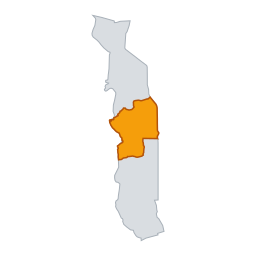 where Centre sits in Togo
{"feature_id": "TGO-89", "entity_name": "Centre", "entity_type": "Region", "adm_level": 1, "iso_a3": "TGO", "parent_name": "Togo", "parent_adm1": "", "projection": "natural_earth1", "projection_center": [0.902, 8.593], "detail": "fine", "context": "in_parent", "style": "filled", "palette": "amber", "viewbox_px": 256, "rotation_deg": 0, "n_neighbors": 0, "source": "natural_earth", "source_scale": "10m", "svg_char_len": 4377}
<svg xmlns="http://www.w3.org/2000/svg" viewBox="0 0 256 256"><path d="M130.1,20.8L129.1,25.7L127.1,31.6L125.8,33.5L124.8,48.0L125.5,49.3L125.9,49.6L132.3,54.5L140.7,61.0L146.7,65.5L147.2,67.0L147.3,76.6L147.3,84.8L148.6,89.5L148.8,94.0L150.3,97.4L155.8,104.1L157.1,108.0L157.2,120.5L157.4,130.0L158.1,142.9L158.1,153.7L158.1,167.3L158.1,183.3L158.1,200.0L154.5,200.2L156.4,205.4L156.8,210.0L157.3,211.6L156.3,213.8L157.1,217.3L158.7,218.6L162.7,225.5L164.0,231.4L157.6,233.4L158.0,234.9L146.0,238.1L141.2,240.6L141.1,238.1L139.4,237.7L137.2,236.9L135.9,235.6L134.0,232.6L133.4,230.3L130.6,229.9L127.1,227.3L123.8,224.4L122.7,221.4L123.0,220.0L122.5,218.6L121.3,218.1L118.3,211.4L116.5,208.7L115.6,206.5L115.9,204.8L115.5,202.6L116.1,200.8L117.7,199.7L118.2,198.3L118.4,195.5L119.3,189.7L119.9,184.0L118.2,182.4L116.1,182.0L115.0,180.3L114.6,177.7L114.7,175.3L118.7,167.2L117.9,148.5L118.5,145.6L120.3,143.7L121.9,141.4L121.9,139.1L119.2,133.5L114.0,129.3L111.4,125.8L110.0,122.7L109.8,121.0L112.9,118.6L114.2,116.9L114.4,114.9L113.1,111.4L113.4,105.0L114.6,100.3L115.8,94.2L115.7,92.4L112.7,88.7L111.0,88.2L109.7,88.5L106.6,90.9L105.4,91.1L104.7,90.4L104.4,89.4L105.5,88.0L105.1,86.2L106.0,84.6L108.0,83.9L108.6,83.1L105.9,82.4L105.6,81.3L105.8,80.3L106.6,80.1L107.4,80.1L107.9,79.4L108.3,74.2L108.6,72.4L109.0,68.8L109.4,54.8L110.0,53.3L110.1,52.3L108.2,51.6L103.8,47.9L101.2,45.0L98.9,42.0L97.0,40.1L93.2,37.1L92.1,35.2L92.0,33.3L93.1,29.5L94.9,25.4L95.8,19.6L95.3,18.1L92.8,15.4L101.6,17.4L114.1,20.9L114.3,21.5L114.4,22.6L116.6,22.5L120.2,21.3L130.1,20.8Z" fill="#d9dde1" stroke="#a8b0b8" stroke-width="1"/><path d="M113.2,119.7L113.7,119.5L113.8,118.9L113.8,118.2L114.0,117.6L115.1,117.3L115.9,116.9L116.7,116.1L116.9,116.0L117.5,116.0L117.8,115.9L118.0,115.7L118.1,115.4L118.1,115.1L118.0,114.9L117.9,114.8L117.8,114.7L117.8,114.4L117.8,114.2L118.0,114.0L119.6,112.8L119.7,112.6L119.8,112.4L119.8,112.1L119.9,111.9L120.0,111.4L120.1,111.2L120.4,111.1L121.0,110.9L121.3,110.8L121.7,110.3L121.8,110.2L122.0,109.9L122.8,109.3L123.0,109.0L123.2,108.8L123.2,108.6L123.3,108.3L123.4,108.2L123.6,108.0L123.8,108.0L124.1,108.1L124.3,108.1L124.7,108.1L125.2,108.1L125.4,108.2L125.5,108.4L125.6,108.6L125.7,108.9L125.8,109.0L127.0,109.6L127.7,109.6L128.0,109.7L128.6,110.0L128.8,110.0L129.1,110.0L129.3,110.0L130.8,109.7L131.5,109.6L131.8,109.5L132.1,109.2L132.7,108.7L133.2,108.1L133.8,107.4L134.0,107.2L134.0,106.9L133.6,105.9L133.5,105.4L133.5,103.7L133.4,102.9L133.4,102.4L133.5,101.9L133.7,101.4L133.8,101.2L134.0,101.0L135.3,100.6L138.2,100.2L138.8,100.2L140.7,100.7L141.2,100.7L141.9,100.6L147.2,98.9L147.9,99.0L148.6,98.5L150.1,97.1L150.4,97.5L153.4,101.2L155.8,104.1L156.6,105.7L156.9,106.8L157.1,108.0L157.2,113.6L157.3,118.5L157.3,122.7L157.4,128.7L157.4,130.0L157.5,130.5L157.6,131.0L158.6,132.5L158.8,132.9L158.7,133.7L157.4,136.1L157.3,136.5L157.3,137.3L157.1,138.4L157.3,138.6L143.1,138.4L143.1,138.6L143.1,138.8L142.9,139.2L142.9,139.4L142.8,141.4L142.9,141.7L142.9,141.9L143.2,142.5L143.2,142.8L143.3,143.3L143.3,143.6L143.4,144.0L143.4,144.3L143.4,145.0L143.4,145.3L143.5,145.5L143.7,145.8L144.0,146.1L144.1,146.3L144.1,146.6L144.2,146.8L144.2,147.7L144.1,148.0L143.9,148.7L143.9,149.2L143.8,150.1L143.7,151.1L143.7,152.2L143.7,152.4L143.6,152.7L143.1,153.9L143.0,154.1L143.0,154.3L143.1,154.5L143.3,154.8L143.3,155.0L143.2,155.0L142.1,156.0L140.9,156.4L137.6,157.2L136.9,157.2L136.3,157.1L135.8,157.0L135.4,156.8L135.0,156.6L133.4,156.3L133.0,156.1L132.4,156.1L128.7,156.6L128.2,156.6L127.8,156.5L127.6,156.5L127.2,157.2L127.1,157.3L126.9,157.4L126.5,157.6L123.4,158.0L123.1,158.2L122.5,158.7L122.2,158.9L121.9,159.2L121.3,159.5L119.4,159.7L118.6,159.8L118.2,156.9L118.3,155.2L118.3,154.3L117.9,152.7L117.8,150.6L117.6,149.5L117.8,149.1L118.1,148.9L118.3,148.3L118.2,147.7L117.9,147.3L117.6,146.9L117.5,146.5L117.5,145.9L117.7,145.7L118.0,145.7L118.3,145.5L119.6,144.2L120.3,143.7L122.0,142.8L122.6,142.4L122.9,141.7L122.7,140.6L122.6,140.4L122.1,140.3L122.0,140.2L121.9,140.0L122.0,139.5L121.9,138.9L121.9,138.4L121.8,137.9L120.3,136.5L119.8,134.8L119.2,133.1L116.6,131.8L115.6,130.9L114.7,129.9L114.0,129.1L112.5,127.8L111.0,125.4L109.8,122.6L109.6,120.9L109.5,120.3L109.8,119.9L110.3,119.8L110.7,120.0L111.1,121.0L111.5,120.5L111.8,119.7L111.6,119.6L112.0,119.4L112.3,119.5L112.7,119.6L113.2,119.7Z" fill="#f59e0b" stroke="#b45309" stroke-width="1.5"/></svg>